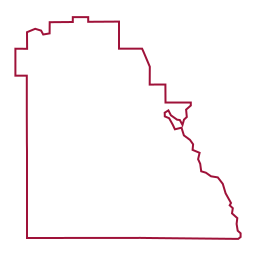 outline of Polk, Florida, United States of America
{"feature_id": "52423323B51460600730955", "entity_name": "Polk", "entity_type": "district", "adm_level": 2, "iso_a3": "USA", "parent_name": "United States of America", "parent_adm1": "Florida", "projection": "equal_earth", "projection_center": [-81.546, 28.003], "detail": "fine", "context": "isolated", "style": "outline", "palette": "rose", "viewbox_px": 256, "rotation_deg": 0, "n_neighbors": 0, "source": "geoboundaries", "source_scale": "gbopen_adm2", "svg_char_len": 958}
<svg xmlns="http://www.w3.org/2000/svg" viewBox="0 0 256 256"><path d="M140.6,237.9L148.4,238.0L238.2,238.9L240.6,237.0L240.6,233.3L237.7,230.7L236.6,223.9L237.3,218.1L232.0,213.4L232.8,208.2L229.7,205.3L231.0,203.0L225.6,193.3L222.8,183.9L217.8,177.4L211.0,176.3L205.9,172.7L201.2,171.3L200.2,163.8L198.1,159.2L199.6,152.8L192.6,149.9L193.1,144.3L190.0,139.9L183.9,135.4L181.5,127.7L174.9,129.3L172.8,124.8L169.1,118.2L164.8,116.4L164.7,112.7L168.4,110.4L170.9,115.3L177.1,119.7L179.8,120.0L182.5,124.9L184.0,119.6L186.8,117.0L186.1,109.6L190.8,105.5L190.8,102.5L165.5,102.5L165.4,84.5L162.3,84.5L162.2,84.5L149.7,84.6L149.8,66.7L143.5,51.8L142.1,48.7L119.0,48.7L119.0,47.1L119.0,21.6L88.2,21.8L88.2,17.1L72.8,17.1L72.8,22.0L49.7,22.2L49.6,33.4L43.2,34.5L41.1,30.6L35.2,28.8L27.0,32.2L27.1,48.8L15.4,48.7L15.4,75.7L26.8,75.7L26.8,93.7L26.8,114.0L26.9,143.2L27.0,151.2L27.0,157.2L27.0,238.0L140.6,237.9Z" fill="none" stroke="#9f1239" stroke-width="2"/></svg>